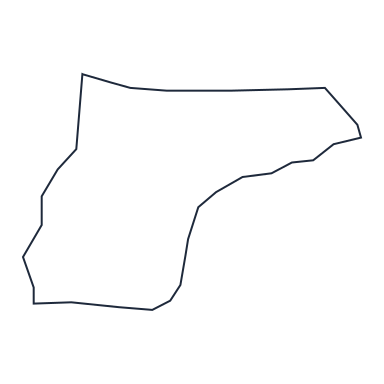 the district of Älvkarleby, Uppsala, Sweden
{"feature_id": "70781695B87799416140928", "entity_name": "Älvkarleby", "entity_type": "district", "adm_level": 2, "iso_a3": "SWE", "parent_name": "Sweden", "parent_adm1": "Uppsala", "projection": "natural_earth1", "projection_center": [17.456, 60.577], "detail": "fine", "context": "isolated", "style": "outline", "palette": "slate", "viewbox_px": 384, "rotation_deg": 0, "n_neighbors": 0, "source": "geoboundaries", "source_scale": "gbopen_adm2", "svg_char_len": 504}
<svg xmlns="http://www.w3.org/2000/svg" viewBox="0 0 384 384"><path d="M33.7,303.6L71.3,302.3L119.1,307.2L152.3,309.9L170.2,300.7L180.4,285.0L185.5,255.3L188.1,239.1L198.3,207.2L216.1,192.1L242.5,177.0L271.5,173.3L291.9,162.5L313.2,160.3L333.6,144.2L361.0,137.6L357.4,124.8L346.6,112.5L324.9,87.9L288.2,89.3L229.8,90.7L167.1,90.7L130.3,87.9L110.9,82.5L82.8,74.3L82.4,74.1L76.3,149.1L57.7,169.4L41.7,196.3L41.7,225.0L23.0,257.0L33.7,287.5L33.7,303.6Z" fill="none" stroke="#1e293b" stroke-width="2"/></svg>